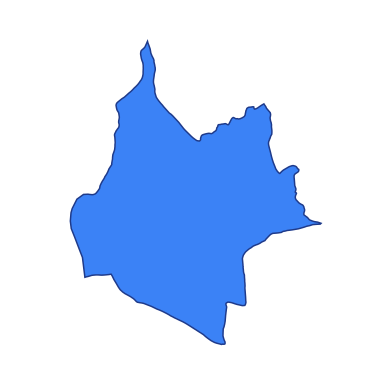 outline of Elabered, Anseba, Eritrea, rotated 263°
{"feature_id": "51966322B85305974839952", "entity_name": "Elabered", "entity_type": "district", "adm_level": 2, "iso_a3": "ERI", "parent_name": "Eritrea", "parent_adm1": "Anseba", "projection": "natural_earth1", "projection_center": [38.593, 15.68], "detail": "fine", "context": "isolated", "style": "filled", "palette": "blue", "viewbox_px": 384, "rotation_deg": 263, "n_neighbors": 0, "source": "geoboundaries", "source_scale": "gbopen_adm2", "svg_char_len": 6056}
<svg xmlns="http://www.w3.org/2000/svg" viewBox="0 0 384 384"><g transform="rotate(263 192 192)"><path d="M347.0,166.2L346.2,165.7L345.3,165.2L341.7,163.0L340.6,161.8L338.8,159.2L338.4,158.8L337.1,158.2L335.8,157.9L335.2,157.8L332.5,157.9L330.7,158.0L328.9,158.3L326.5,158.9L325.3,159.0L323.4,159.0L322.0,158.8L320.7,158.7L317.1,158.1L315.4,157.9L314.2,157.6L312.0,156.8L311.0,156.3L309.9,155.6L309.4,155.2L308.4,154.2L307.1,153.1L306.1,152.1L305.2,151.2L303.5,149.1L302.3,147.4L300.6,145.4L299.1,143.4L297.8,141.3L294.4,136.5L293.1,133.8L290.5,129.6L289.7,128.5L288.9,127.8L288.2,127.5L287.5,127.2L286.4,127.2L284.5,127.3L283.0,127.5L281.9,127.8L280.5,128.5L279.3,128.9L276.4,129.0L275.4,129.0L274.6,128.9L272.9,128.4L271.8,128.0L270.4,127.7L269.5,127.7L268.6,127.9L267.7,127.9L266.4,127.7L265.9,127.5L264.7,126.9L264.0,126.1L261.7,124.0L260.8,123.5L259.3,122.5L258.4,122.1L257.6,122.0L255.7,122.1L252.0,121.9L250.4,121.8L248.2,121.3L246.6,121.1L243.6,120.4L242.2,119.8L238.6,118.0L236.2,117.4L235.5,117.3L234.3,117.1L233.1,116.7L230.1,115.8L229.1,115.7L228.1,115.0L227.5,114.4L226.2,113.4L225.2,112.5L222.3,110.9L220.1,109.4L217.8,107.4L216.4,106.6L215.4,105.8L213.6,104.3L211.8,103.0L210.3,102.1L209.3,101.5L208.7,101.3L206.8,100.7L204.3,98.5L202.7,96.8L202.2,96.2L201.9,95.6L201.7,94.9L201.6,94.3L201.5,93.6L201.5,92.6L201.7,91.7L202.1,89.9L202.5,88.5L202.8,84.0L198.9,76.9L190.2,71.1L186.2,69.4L178.0,67.7L170.4,67.7L161.7,70.0L149.5,73.0L140.4,75.3L120.4,75.3L120.7,77.0L120.8,78.4L121.1,80.2L121.5,82.4L121.5,83.7L121.4,86.5L121.1,88.9L120.5,92.1L120.3,95.0L120.2,99.4L120.3,101.7L118.6,102.5L114.5,103.9L110.3,105.8L106.7,107.3L104.7,108.3L103.4,109.1L102.4,110.0L101.2,111.0L99.3,113.1L97.4,115.8L96.1,117.6L93.3,120.9L91.6,122.3L90.2,123.3L89.6,123.9L89.2,124.5L89.0,125.2L88.5,126.7L87.9,128.9L87.5,130.0L87.1,130.9L85.0,134.8L83.4,137.8L80.1,142.9L78.9,145.2L77.1,148.2L74.4,152.2L72.8,154.4L71.7,155.7L70.4,157.7L69.3,159.2L64.3,167.1L62.5,169.6L60.6,172.0L49.1,185.9L46.9,187.8L45.1,189.6L43.5,191.3L42.0,193.0L40.9,194.6L40.0,195.9L39.2,197.5L38.8,198.4L37.7,201.3L37.3,202.2L37.1,202.7L37.2,203.6L37.3,204.0L37.0,205.0L37.1,206.0L37.4,206.3L38.8,206.5L39.6,206.4L40.6,206.0L41.9,205.7L42.6,205.6L45.3,205.2L48.7,205.7L52.3,206.3L54.4,207.4L55.3,207.7L56.9,208.3L59.9,209.2L63.8,210.0L65.3,210.3L68.6,211.1L71.8,211.9L72.8,212.2L73.7,212.4L75.9,212.0L76.9,212.0L77.6,212.5L78.0,213.3L78.3,214.1L78.2,215.1L77.3,217.9L76.0,220.6L75.0,222.8L73.8,226.2L73.1,228.0L73.0,229.4L73.0,230.6L73.7,231.2L74.8,231.7L76.0,232.1L77.4,232.1L81.4,232.4L90.3,232.8L92.3,233.2L95.1,233.4L96.9,233.4L98.4,233.6L101.1,233.7L103.3,233.9L105.1,233.5L106.8,233.4L108.5,233.5L110.8,233.5L111.9,233.7L112.4,233.6L113.6,233.7L116.6,233.8L119.7,233.9L120.9,234.3L122.0,234.8L123.2,235.4L125.3,237.2L125.9,237.8L126.3,238.3L127.9,240.7L128.9,242.4L129.3,243.5L130.9,246.3L131.7,249.1L132.0,250.7L132.8,253.1L133.8,255.0L134.9,258.5L136.0,259.5L137.7,261.5L139.4,263.6L140.4,265.0L141.1,267.0L140.9,272.3L141.0,275.7L141.8,277.6L141.9,279.8L142.2,281.7L142.2,286.7L142.5,293.1L143.4,298.8L144.0,301.6L144.3,304.8L144.9,307.8L144.8,311.0L144.5,315.4L145.2,316.3L146.8,313.0L147.6,310.1L148.4,308.2L149.7,305.8L150.3,305.0L152.5,303.6L155.4,300.6L155.6,300.4L156.0,300.3L156.5,300.3L157.8,300.6L159.5,301.4L160.5,301.6L161.1,301.6L162.0,301.4L163.3,301.2L163.7,301.2L164.7,300.8L165.3,300.5L165.7,300.1L166.3,299.2L166.9,298.3L167.5,297.6L168.2,296.8L168.9,296.3L171.7,294.3L172.2,294.1L173.2,293.9L173.7,293.8L175.2,294.1L175.7,294.3L176.3,294.6L177.8,295.5L178.2,295.5L178.4,295.4L178.8,294.8L179.1,294.5L179.5,294.5L181.1,295.2L181.7,295.4L182.6,295.5L184.5,295.1L185.7,294.8L186.3,294.8L188.0,294.9L192.5,295.1L194.0,295.1L195.6,295.3L196.0,295.4L196.5,295.7L197.2,296.3L197.6,296.9L198.7,299.1L199.1,299.8L199.4,300.1L199.8,300.4L200.3,300.6L201.0,300.7L201.4,300.7L202.3,299.7L204.1,298.8L204.5,298.4L204.8,298.1L205.2,297.4L205.8,295.9L205.9,295.5L205.9,294.7L205.7,293.4L205.3,291.6L205.0,290.8L202.7,285.5L201.9,284.2L200.7,282.6L199.7,281.4L200.1,280.8L200.7,280.3L202.0,279.3L204.9,277.9L206.7,277.5L211.2,276.3L214.3,275.7L217.6,275.2L222.2,274.7L227.3,274.0L229.1,273.8L230.8,273.8L231.8,274.0L232.8,274.3L234.5,275.3L235.0,275.5L235.3,275.5L235.6,275.9L238.0,277.0L239.6,278.2L241.7,278.6L243.7,278.8L247.0,278.8L249.0,279.1L251.1,279.0L253.1,278.6L256.0,278.5L258.1,279.2L259.6,279.5L261.2,279.3L266.1,276.1L267.8,275.6L270.2,274.3L270.7,274.1L269.6,271.5L268.2,268.8L267.4,267.3L267.0,266.3L266.7,265.0L266.7,264.2L267.0,263.9L268.2,263.7L268.6,263.6L269.0,263.6L269.2,262.5L269.1,260.9L269.2,258.7L269.0,258.0L268.5,257.0L268.2,256.6L266.8,255.9L265.8,255.3L264.9,255.1L263.6,254.6L262.5,254.3L261.5,253.9L261.2,253.6L260.8,253.3L260.4,252.8L260.1,252.2L259.5,250.8L259.1,249.5L258.8,248.2L258.8,247.3L258.8,246.9L259.2,246.2L259.3,245.7L259.3,244.7L259.5,244.2L260.8,242.4L260.9,241.9L260.3,240.8L259.6,240.1L258.9,239.6L255.5,237.3L254.7,236.7L254.4,236.3L254.4,236.0L254.5,235.6L254.7,235.2L255.7,233.8L255.8,233.2L255.7,231.2L255.7,229.4L255.7,229.1L255.5,228.4L255.6,226.7L255.4,226.2L255.1,225.9L253.8,225.5L252.6,224.4L252.3,224.3L251.5,224.1L251.0,223.9L250.3,223.4L249.8,222.9L249.5,222.3L249.1,221.4L247.8,219.4L247.7,219.0L247.6,218.6L247.6,218.2L248.2,216.0L248.2,215.1L248.1,213.3L247.8,211.1L247.6,210.1L247.4,209.3L247.1,208.8L246.8,208.4L246.3,208.0L244.4,207.1L242.9,206.9L242.5,206.7L242.2,206.4L241.9,206.0L241.7,205.6L242.0,204.3L242.4,203.1L243.4,201.9L245.4,199.8L247.2,198.2L253.9,192.9L256.0,191.4L262.8,187.3L270.0,182.1L271.8,180.6L273.1,179.1L280.3,174.1L281.7,173.3L283.8,171.8L286.0,170.4L288.1,169.2L290.4,168.1L294.9,167.3L296.4,167.3L298.5,167.7L299.9,167.6L302.4,167.4L303.5,167.2L305.2,167.1L306.4,167.2L308.1,167.5L311.7,168.5L313.0,168.8L314.4,169.2L317.0,170.2L318.3,170.5L320.1,170.6L320.9,170.5L323.1,170.4L325.8,170.1L327.3,170.3L329.3,169.9L330.1,169.5L331.1,169.2L332.4,168.7L333.4,168.5L334.7,168.1L338.9,167.9L342.7,167.1L345.4,166.4L347.0,166.2Z" fill="#3b82f6" stroke="#1e3a8a" stroke-width="1.5"/></g></svg>